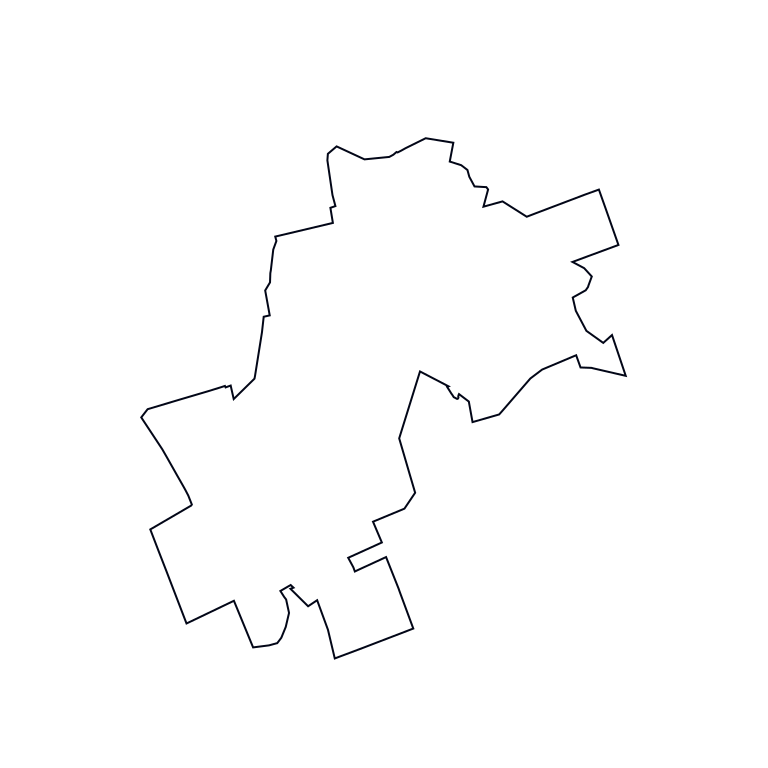 outline of Nacozari de García, Sonora, Mexico, rotated 339°
{"feature_id": "50627088B6815540096020", "entity_name": "Nacozari de García", "entity_type": "district", "adm_level": 2, "iso_a3": "MEX", "parent_name": "Mexico", "parent_adm1": "Sonora", "projection": "orthographic", "projection_center": [-109.467, 30.48], "detail": "fine", "context": "isolated", "style": "outline", "palette": "ink", "viewbox_px": 768, "rotation_deg": 339, "n_neighbors": 0, "source": "geoboundaries", "source_scale": "gbopen_adm2", "svg_char_len": 2002}
<svg xmlns="http://www.w3.org/2000/svg" viewBox="0 0 768 768"><g transform="rotate(339 384 384)"><path d="M488.5,171.6L483.7,172.3L479.7,172.7L478.8,171.9L474.9,173.3L470.3,173.9L446.3,167.3L424.9,145.2L414.1,149.0L411.3,154.9L403.6,189.2L402.4,200.5L397.1,200.3L394.0,215.3L335.3,207.4L334.8,211.9L328.8,218.8L319.1,237.3L317.6,239.8L314.0,248.3L306.6,254.1L301.9,279.0L295.8,278.1L288.6,292.0L266.5,330.2L265.0,332.6L238.3,344.2L240.3,330.5L234.9,330.4L234.8,328.8L232.7,328.7L230.7,328.6L217.1,327.7L187.0,325.3L154.3,322.8L145.4,328.2L153.6,365.4L154.1,368.6L154.9,373.7L158.1,395.2L160.0,407.6L160.6,411.9L161.3,418.0L161.4,427.7L160.4,428.4L113.7,436.0L113.7,458.7L113.8,480.9L113.8,536.8L166.2,532.6L167.4,583.0L183.0,586.8L188.0,587.3L188.3,587.3L188.7,587.4L190.1,587.5L191.4,587.7L192.4,587.1L197.2,584.1L205.2,575.6L213.3,563.7L215.4,550.1L214.5,547.0L213.1,540.1L224.8,538.2L226.5,541.7L223.3,541.7L233.5,564.3L244.1,561.9L243.6,593.4L239.7,622.6L244.4,622.6L270.2,622.8L277.2,622.8L323.7,622.8L324.2,583.2L324.3,580.2L323.9,546.3L293.4,548.3L289.6,548.6L289.7,544.2L288.3,533.4L323.6,531.3L325.2,531.2L324.4,508.6L358.4,507.7L374.1,496.7L375.6,477.9L378.7,440.2L422.1,385.2L443.4,409.3L441.9,409.3L443.0,414.7L443.4,416.9L443.9,418.7L444.4,421.3L444.6,421.5L445.0,421.9L445.4,422.4L446.0,423.0L446.4,423.7L447.0,424.1L447.3,424.2L447.9,424.1L448.3,423.7L448.6,423.4L448.7,423.0L448.8,422.4L449.0,422.0L449.3,421.5L449.8,420.9L450.4,420.3L456.9,430.8L453.0,451.3L480.6,453.7L484.1,451.9L522.6,431.3L536.8,427.2L573.7,426.0L573.4,439.0L583.5,443.3L585.0,444.4L612.6,463.0L614.4,420.0L603.4,424.2L592.0,406.9L589.3,384.4L591.2,370.9L605.9,368.8L609.3,366.5L610.1,365.4L616.5,358.1L612.4,347.6L603.7,337.6L621.0,337.8L652.7,338.2L653.8,299.4L654.3,279.5L639.0,279.2L587.3,279.0L577.2,279.0L560.1,256.0L540.4,254.1L550.9,239.7L550.1,236.9L539.3,232.0L537.9,221.1L538.6,214.1L534.5,207.4L525.1,199.9L535.2,183.6L511.0,169.5L488.5,171.6Z" fill="none" stroke="#020617" stroke-width="2"/></g></svg>